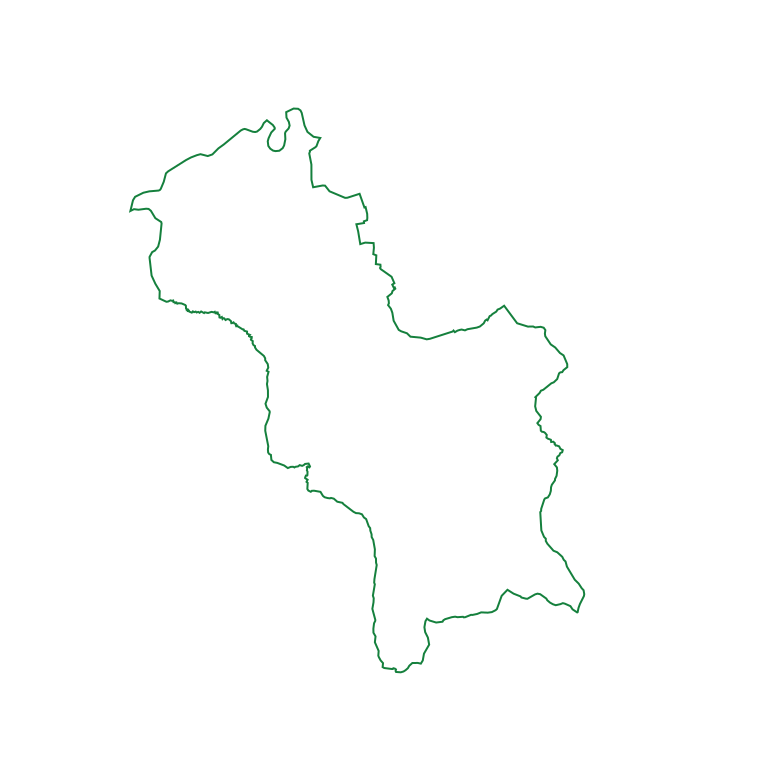 Aita Mare, Covasna, Romania, rotated 55°
{"feature_id": "2599482B68791868874365", "entity_name": "Aita Mare", "entity_type": "district", "adm_level": 2, "iso_a3": "ROU", "parent_name": "Romania", "parent_adm1": "Covasna", "projection": "albers", "projection_center": [25.64, 45.977], "detail": "fine", "context": "isolated", "style": "outline", "palette": "green", "viewbox_px": 768, "rotation_deg": 55, "n_neighbors": 0, "source": "geoboundaries", "source_scale": "gbopen_adm2", "svg_char_len": 6141}
<svg xmlns="http://www.w3.org/2000/svg" viewBox="0 0 768 768"><g transform="rotate(55 384 384)"><path d="M629.8,535.6L630.7,532.9L630.8,530.5L630.5,527.5L629.3,524.9L628.8,520.8L631.9,516.3L634.2,514.2L632.7,510.8L627.8,505.9L623.4,496.5L616.9,493.5L610.9,492.6L606.4,490.4L602.1,486.1L600.9,483.4L603.8,482.4L609.3,478.1L610.0,476.8L612.3,472.4L611.6,470.9L611.7,468.8L613.9,462.2L615.4,459.2L617.2,457.5L620.0,452.8L620.9,452.5L621.6,451.2L623.0,445.1L623.9,444.0L625.8,439.6L626.8,435.4L630.8,430.2L632.7,426.5L633.3,422.4L633.1,420.6L625.0,409.1L623.4,400.9L630.1,398.1L636.3,394.0L637.7,393.9L641.2,390.9L642.2,389.7L643.0,380.9L643.8,378.5L645.8,376.6L652.9,374.1L654.8,374.3L658.3,373.4L661.4,371.9L663.7,370.2L665.5,365.8L666.1,363.2L667.6,361.9L672.9,358.7L676.7,358.8L681.9,356.8L682.0,356.3L679.0,353.1L676.6,349.7L672.4,341.9L671.0,340.5L667.4,338.8L664.6,339.2L659.2,339.0L653.8,340.0L638.5,338.9L633.5,337.1L631.1,337.6L627.8,337.1L621.2,338.6L617.8,340.8L608.6,341.8L605.4,341.5L603.5,340.2L601.0,340.6L594.2,339.1L578.6,329.5L578.1,328.1L576.5,326.9L570.5,318.9L570.1,317.7L570.9,314.8L569.5,311.5L567.2,308.6L564.4,306.4L562.8,304.3L561.0,299.2L559.9,298.4L558.2,295.3L554.4,291.8L551.5,290.2L547.3,290.5L546.2,285.4L544.0,285.0L543.0,283.5L543.0,281.3L541.7,279.2L542.1,277.2L540.7,275.5L538.3,276.7L535.6,276.3L533.3,277.9L533.0,278.6L531.0,278.7L530.5,278.0L528.4,278.4L527.4,280.3L525.4,279.3L522.8,281.1L521.0,281.7L519.1,279.9L516.4,280.1L514.9,280.7L513.7,282.0L512.2,282.3L508.2,279.9L506.1,280.8L504.0,280.8L502.6,275.9L500.9,274.3L493.4,274.7L489.0,273.0L482.5,267.4L481.6,267.6L480.6,261.7L479.5,259.3L480.1,256.8L479.4,246.5L480.0,244.0L479.3,239.3L475.7,234.5L475.6,232.9L476.5,231.2L475.6,229.0L475.3,224.2L472.8,222.5L463.6,220.5L459.5,222.1L452.3,222.8L447.2,224.7L437.4,224.5L435.0,223.3L432.4,220.9L429.5,220.9L427.0,222.9L424.4,227.7L422.4,228.9L419.5,233.2L410.6,240.1L388.8,240.7L388.8,245.7L388.2,248.3L389.1,250.5L388.9,255.2L389.3,257.1L389.0,258.5L391.2,262.6L390.1,262.9L390.1,264.8L391.5,267.5L391.9,272.5L391.0,275.7L387.0,284.2L386.5,286.9L383.9,289.2L383.2,290.8L382.4,293.3L382.2,296.2L380.1,296.4L380.4,297.6L373.3,320.5L371.9,323.4L367.1,327.3L360.4,335.2L355.6,336.1L350.7,339.7L348.1,340.9L337.7,339.8L330.4,336.3L326.3,335.2L321.7,335.4L320.7,333.7L318.3,332.3L314.6,331.3L314.2,325.6L312.7,323.7L312.4,320.1L311.0,319.8L310.8,320.8L307.3,320.2L307.4,317.7L300.5,316.3L288.0,320.8L286.7,320.7L286.1,319.6L284.2,318.5L281.1,321.9L274.2,316.5L271.5,318.3L266.6,314.1L262.6,311.7L257.4,318.3L255.8,323.2L244.1,317.6L237.3,315.0L240.7,308.0L239.2,307.2L240.1,303.9L238.4,302.4L235.0,300.2L228.5,297.6L228.2,298.8L214.2,294.9L210.4,307.2L209.2,309.1L194.9,318.1L187.7,318.5L186.2,320.4L182.2,329.2L175.1,326.3L162.6,317.6L152.3,313.0L151.0,311.2L150.4,310.9L150.7,304.3L150.4,302.8L147.4,298.5L145.9,295.1L141.1,299.9L133.6,302.1L126.6,300.8L114.7,295.9L112.0,295.5L109.3,296.5L106.5,300.1L105.2,308.2L109.9,311.1L114.7,311.6L118.2,313.1L120.0,315.6L120.9,319.8L121.8,321.2L126.9,324.4L131.3,329.0L132.7,331.7L132.9,335.9L131.0,339.3L129.2,341.0L126.0,342.2L122.6,342.2L118.5,340.0L116.5,337.6L113.3,332.1L112.3,327.1L111.2,326.5L108.1,326.5L100.8,328.7L101.3,332.8L103.3,336.4L104.1,339.0L104.4,343.2L103.7,345.0L102.1,346.8L96.2,350.9L95.1,351.9L94.5,353.5L94.2,356.0L95.9,377.9L96.0,384.5L97.5,392.9L96.2,397.6L90.5,402.5L89.2,406.1L87.7,412.2L87.0,417.8L86.0,438.8L86.4,441.8L92.0,448.4L96.1,454.9L96.5,456.2L96.3,457.6L91.6,465.7L89.3,471.4L87.9,480.5L89.5,484.2L96.8,492.5L97.4,488.5L100.4,485.2L104.0,478.3L105.6,476.4L108.4,475.6L117.0,476.2L123.5,473.6L124.9,474.1L137.3,484.8L141.9,490.2L143.3,495.0L143.0,498.3L145.4,503.1L146.2,503.7L161.9,512.2L170.7,513.8L179.2,514.4L185.2,518.9L191.8,515.1L192.6,513.6L193.0,511.0L194.3,509.9L194.7,508.8L196.2,509.5L197.1,508.4L198.0,508.6L198.2,507.2L199.6,507.3L200.1,505.8L201.9,503.6L205.3,501.5L206.2,501.4L208.7,502.9L209.5,502.6L210.1,503.0L210.4,501.9L211.1,501.8L211.8,502.7L212.4,501.8L213.0,502.0L215.3,500.5L214.9,498.9L216.2,498.4L216.7,496.7L217.9,496.5L218.4,494.8L219.9,494.2L219.7,492.2L222.7,490.7L222.5,489.7L224.9,487.4L226.0,483.9L227.7,482.3L227.8,481.2L229.4,481.5L229.9,481.0L229.4,480.0L230.0,479.2L231.5,479.9L233.0,479.3L235.1,480.6L235.9,480.0L236.1,478.4L238.1,479.0L237.9,477.9L238.6,477.2L240.7,477.1L240.9,475.2L242.0,474.0L244.7,473.3L246.6,474.2L247.0,473.6L247.2,471.9L248.6,471.9L249.8,470.9L250.9,471.6L251.6,470.9L252.1,471.7L252.9,470.7L258.3,468.4L258.7,467.7L260.4,467.9L262.5,466.1L264.2,467.3L266.8,465.7L267.0,466.9L267.4,467.2L268.6,466.6L269.6,465.4L270.5,466.0L271.0,467.4L271.5,467.6L273.6,466.9L275.3,468.3L277.4,468.6L278.9,467.9L280.1,468.7L282.9,468.8L292.1,466.3L294.8,466.6L296.4,467.7L301.0,467.8L304.2,469.4L305.9,472.5L307.8,471.6L311.2,475.7L314.7,477.7L316.9,479.9L322.6,482.7L328.1,486.5L332.2,492.4L336.1,493.6L340.7,493.3L341.6,493.8L346.1,498.6L350.2,505.1L354.2,508.1L368.6,514.5L371.1,516.7L373.7,518.2L375.5,518.2L377.2,517.3L381.6,519.8L384.9,519.1L387.4,516.7L393.5,512.5L397.7,511.0L398.4,507.9L399.7,505.9L401.0,505.2L401.0,504.1L402.2,501.7L402.1,499.6L404.1,498.0L404.4,496.3L404.2,494.5L405.9,491.4L409.1,491.9L409.5,492.9L407.7,493.9L407.8,495.0L409.3,495.5L410.5,496.7L411.9,496.9L414.7,499.0L414.9,499.4L414.2,500.4L415.3,502.2L415.9,502.6L418.6,501.5L419.7,503.6L421.2,503.2L426.0,507.0L427.9,507.1L430.3,505.8L430.1,504.4L431.3,502.5L435.9,497.9L440.6,498.2L442.7,497.6L445.1,495.6L446.7,493.8L446.9,492.8L449.1,490.9L453.6,489.8L457.5,486.2L459.2,486.1L471.2,482.3L473.7,481.0L475.6,478.6L478.1,476.8L481.8,477.0L484.4,476.1L491.7,478.1L494.1,478.0L496.3,479.3L500.0,480.4L502.3,481.9L505.6,482.3L514.2,486.3L519.6,490.4L522.4,490.7L525.8,493.0L528.1,493.8L538.4,503.8L541.1,506.0L542.8,506.4L551.0,514.5L553.6,515.3L556.8,517.8L561.5,522.5L572.2,526.4L573.0,527.0L574.3,529.4L578.4,533.1L581.7,535.3L585.9,535.7L590.3,539.6L599.6,541.5L603.3,544.5L604.9,544.9L608.5,545.3L612.1,544.9L615.1,547.5L616.8,546.7L622.0,541.0L622.5,540.2L622.2,539.4L623.3,538.4L624.7,537.9L625.7,539.1L626.8,539.3L629.8,535.6Z" fill="none" stroke="#15803d" stroke-width="2"/></g></svg>